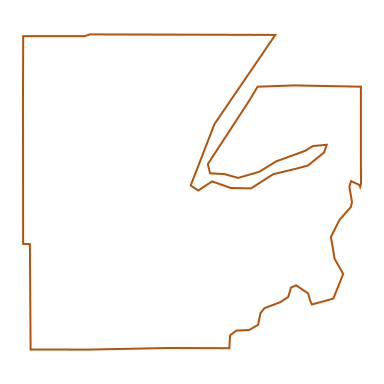 Mason, Washington, United States of America
{"feature_id": "52423323B30851290743950", "entity_name": "Mason", "entity_type": "district", "adm_level": 2, "iso_a3": "USA", "parent_name": "United States of America", "parent_adm1": "Washington", "projection": "robinson", "projection_center": [-123.026, 47.345], "detail": "fine", "context": "isolated", "style": "outline", "palette": "amber", "viewbox_px": 384, "rotation_deg": 0, "n_neighbors": 0, "source": "geoboundaries", "source_scale": "gbopen_adm2", "svg_char_len": 854}
<svg xmlns="http://www.w3.org/2000/svg" viewBox="0 0 384 384"><path d="M275.3,34.9L89.7,34.4L84.9,36.1L23.2,36.1L23.0,88.3L23.1,243.9L29.9,244.1L30.6,349.5L88.3,349.6L168.5,348.0L229.4,348.2L229.5,344.5L230.1,335.3L236.4,330.6L249.1,330.0L258.1,324.8L260.5,313.0L264.4,308.2L280.4,302.1L288.2,297.0L291.0,287.6L296.1,285.3L308.1,293.4L310.0,300.1L311.9,304.5L333.3,298.6L343.2,274.0L334.6,258.7L330.9,236.9L339.5,219.9L350.8,207.1L352.0,202.2L349.4,186.9L351.0,181.1L359.3,184.9L360.1,186.9L361.0,183.7L360.9,156.8L360.9,86.7L294.4,85.4L257.6,86.7L249.2,100.7L207.8,164.1L210.1,173.3L224.4,174.1L238.2,177.9L259.2,171.8L276.3,161.3L305.5,150.7L312.9,146.0L326.7,144.8L324.1,152.4L308.0,165.5L294.9,169.0L273.2,174.2L251.0,188.4L230.9,188.0L212.1,181.4L198.3,190.5L190.7,185.5L214.5,124.0L275.3,34.9Z" fill="none" stroke="#b45309" stroke-width="2"/></svg>